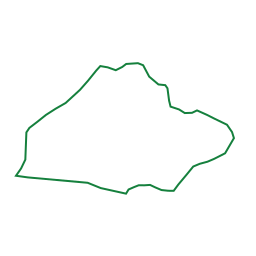 outline of Samarahan, Sarawak, Malaysia, rotated 186°
{"feature_id": "92858781B97238976532983", "entity_name": "Samarahan", "entity_type": "district", "adm_level": 2, "iso_a3": "MYS", "parent_name": "Malaysia", "parent_adm1": "Sarawak", "projection": "equal_earth", "projection_center": [110.479, 1.444], "detail": "fine", "context": "isolated", "style": "outline", "palette": "green", "viewbox_px": 256, "rotation_deg": 186, "n_neighbors": 0, "source": "geoboundaries", "source_scale": "gbopen_adm2", "svg_char_len": 805}
<svg xmlns="http://www.w3.org/2000/svg" viewBox="0 0 256 256"><g transform="rotate(186 128 128)"><path d="M79.2,151.8L87.9,153.7L90.0,159.5L92.9,171.6L95.4,174.5L102.3,174.5L112.3,181.3L119.5,192.0L124.9,193.5L136.5,191.5L140.1,188.1L146.2,184.2L154.5,186.2L162.0,186.7L165.6,181.8L172.8,170.7L179.7,161.0L192.6,146.4L202.0,139.6L211.0,132.4L218.9,124.6L226.1,117.8L226.5,117.0L228.6,113.0L227.9,102.3L226.8,85.8L230.1,76.6L234.4,68.8L222.5,68.4L162.4,69.3L148.8,65.4L123.1,62.5L121.0,66.9L115.9,69.8L111.3,72.2L105.9,72.7L100.1,73.7L94.7,71.8L88.2,69.8L81.4,69.8L76.0,70.3L72.0,77.1L64.8,87.8L59.1,96.5L52.9,99.9L45.4,102.8L39.3,106.2L28.8,113.0L21.6,129.0L24.1,134.8L29.9,141.6L43.2,146.4L50.8,149.3L61.2,152.7L65.9,149.8L73.1,148.8L79.2,151.8Z" fill="none" stroke="#15803d" stroke-width="2"/></g></svg>